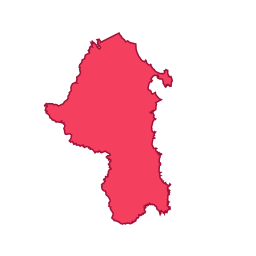 Shoalhaven, New South Wales, Australia (Robinson projection), rotated 324°
{"feature_id": "25037944B24149747688554", "entity_name": "Shoalhaven", "entity_type": "district", "adm_level": 2, "iso_a3": "AUS", "parent_name": "Australia", "parent_adm1": "New South Wales", "projection": "robinson", "projection_center": [150.375, -35.142], "detail": "fine", "context": "isolated", "style": "filled", "palette": "rose", "viewbox_px": 256, "rotation_deg": 324, "n_neighbors": 0, "source": "geoboundaries", "source_scale": "gbopen_adm2", "svg_char_len": 5850}
<svg xmlns="http://www.w3.org/2000/svg" viewBox="0 0 256 256"><g transform="rotate(324 128 128)"><path d="M111.1,218.2L113.4,217.5L114.1,218.5L114.7,218.0L115.3,216.6L115.0,216.0L114.3,216.0L114.6,214.5L114.2,213.7L115.4,212.7L115.9,213.2L116.2,212.9L115.9,211.9L117.7,212.0L116.8,210.7L117.8,210.1L117.8,209.0L118.7,208.6L120.6,205.9L122.4,206.1L122.7,205.5L122.2,204.6L123.9,204.4L124.0,203.8L123.1,203.2L123.6,201.4L124.1,200.9L124.7,201.1L124.4,200.3L125.3,199.1L126.3,198.8L126.4,199.3L126.8,199.2L127.0,198.4L125.7,196.0L126.1,195.6L125.6,194.7L126.1,194.2L124.7,193.9L124.5,192.4L125.2,191.8L124.5,191.6L124.3,191.0L125.2,189.4L124.5,188.3L125.0,186.3L125.9,185.2L126.4,185.5L126.0,184.5L126.9,183.2L128.3,183.2L127.4,182.4L127.8,181.0L131.2,177.0L132.7,176.9L132.8,176.3L133.3,176.2L133.0,175.3L133.5,175.0L133.0,174.0L135.9,170.7L136.7,170.5L137.8,169.1L139.8,168.9L139.6,168.0L137.9,167.7L137.8,167.0L137.2,167.1L137.7,166.4L138.7,166.5L138.7,166.0L137.3,165.2L137.7,164.3L137.1,163.9L137.4,162.3L138.1,161.3L139.1,161.4L138.8,160.7L136.8,159.8L137.7,155.3L142.1,151.1L143.0,151.4L143.8,149.6L145.1,149.5L145.1,148.8L145.6,148.2L147.8,147.5L147.3,147.1L147.4,146.5L146.0,146.6L145.6,145.1L146.4,142.9L147.1,142.3L147.1,141.5L152.0,137.4L154.2,136.6L155.2,137.2L155.7,136.9L155.2,136.5L155.0,134.2L156.4,133.3L157.1,130.5L156.7,130.0L155.5,129.9L155.2,128.5L156.1,129.0L157.4,128.5L158.2,129.2L158.4,128.7L158.5,128.7L158.4,129.3L161.3,129.4L163.9,126.3L164.8,125.9L165.4,123.8L171.6,124.7L170.5,122.6L170.0,117.5L171.0,115.3L167.8,115.0L167.5,114.2L168.2,111.4L167.7,111.1L167.9,110.2L166.9,109.2L167.8,107.3L171.2,104.3L172.7,103.8L174.0,103.7L173.5,104.1L173.9,104.4L175.6,103.8L175.0,102.3L175.7,101.6L179.0,100.8L180.5,101.0L182.5,102.8L182.2,103.3L183.2,102.9L182.9,104.5L181.5,105.2L182.7,107.3L183.9,107.8L184.5,108.9L183.3,112.2L182.8,112.3L182.4,116.8L183.0,116.7L182.8,117.5L183.7,116.5L183.6,115.7L184.4,115.6L184.7,116.5L185.5,116.3L185.3,116.8L185.7,117.2L186.3,117.0L186.4,118.9L187.4,119.5L190.3,116.2L191.5,116.0L192.5,113.5L193.0,111.6L192.0,111.4L191.2,109.9L191.8,109.6L191.8,108.3L192.5,106.7L194.0,104.8L193.0,103.2L192.7,103.7L190.9,103.0L190.6,104.3L189.1,105.1L185.9,102.8L183.8,99.1L183.3,96.8L183.6,96.0L183.0,95.0L183.1,91.6L183.6,90.3L184.3,89.8L182.7,90.0L181.8,89.1L181.3,86.6L182.2,84.2L182.1,83.5L180.4,84.3L178.8,81.5L178.9,76.1L179.7,72.2L180.9,68.9L183.7,64.6L179.6,59.8L179.0,57.3L176.6,56.8L177.0,54.8L176.0,51.2L176.5,50.4L176.2,47.8L176.6,45.9L156.2,42.6L156.6,42.3L156.8,39.2L154.8,38.3L154.8,40.3L153.6,40.9L153.6,41.8L152.6,42.4L153.2,44.1L153.1,46.7L151.3,47.3L150.8,45.4L151.5,44.6L150.0,44.8L150.5,44.6L151.1,42.8L150.7,39.2L149.7,37.7L150.2,37.3L150.2,36.8L150.0,36.7L148.8,38.0L149.2,39.0L148.4,38.9L148.1,37.7L146.9,41.5L145.8,40.0L145.0,40.1L143.9,40.7L143.7,41.5L141.4,42.0L141.3,42.5L141.9,43.0L141.2,43.4L141.3,44.1L140.8,44.6L136.4,43.9L133.7,46.4L130.8,46.0L129.3,47.7L126.0,48.5L124.2,50.3L124.7,51.2L123.2,52.2L122.9,53.8L122.3,54.2L122.5,54.7L121.6,55.8L119.4,56.7L116.5,56.7L115.1,58.9L112.8,60.6L113.0,61.4L111.6,60.1L109.2,59.6L107.2,60.5L105.6,61.7L104.0,64.5L101.2,64.9L100.7,66.2L98.3,66.9L97.1,68.7L95.3,69.4L92.2,69.4L89.9,70.3L84.6,69.3L84.2,67.5L82.8,66.0L81.8,65.8L81.2,64.0L77.6,61.3L76.7,61.2L76.3,60.2L73.8,60.7L73.6,61.3L75.4,62.1L75.3,63.1L73.3,63.4L71.4,65.2L72.4,66.8L71.8,67.2L71.1,66.9L70.7,67.6L71.9,71.1L70.9,74.0L71.7,75.4L71.4,77.0L72.3,77.5L72.4,78.4L73.1,78.8L73.3,81.0L74.1,81.0L76.7,83.8L78.4,83.1L78.6,83.6L77.5,84.6L77.6,85.2L79.2,86.3L78.3,86.8L78.7,88.8L75.6,90.9L75.5,92.5L74.5,93.6L73.7,96.1L74.2,96.9L77.2,98.1L78.3,100.4L75.5,103.2L72.9,103.9L73.0,104.7L73.5,105.1L73.3,105.7L75.1,106.4L74.6,109.1L75.4,108.9L75.4,109.7L76.8,110.1L76.2,111.5L78.6,113.2L78.3,113.9L78.8,114.7L80.0,114.6L80.8,115.5L81.7,115.5L81.6,116.4L81.0,116.7L81.4,118.0L81.8,117.7L82.5,118.5L83.4,118.5L84.9,120.0L84.6,121.2L85.3,121.1L85.6,121.6L84.9,123.0L86.4,123.7L86.9,126.1L86.8,128.7L88.3,128.4L89.5,129.9L91.0,129.3L91.4,130.8L91.9,131.1L91.5,131.5L91.9,132.4L96.2,133.4L96.3,134.6L97.8,137.7L98.0,138.9L97.9,139.4L96.1,139.2L95.4,138.5L93.5,138.7L93.8,139.3L93.4,140.1L94.2,141.3L93.7,142.3L94.9,142.2L95.3,144.0L94.3,144.8L93.7,144.2L93.0,145.3L90.9,145.8L90.8,146.7L91.4,147.5L89.7,149.0L90.6,150.7L90.2,151.3L88.4,150.8L86.2,152.0L85.6,153.1L83.8,153.9L83.7,155.2L83.0,155.6L81.3,154.1L80.2,155.6L78.3,155.2L77.8,155.6L78.6,156.9L78.3,157.8L77.5,157.6L75.7,158.5L74.8,158.0L73.1,158.5L73.1,159.7L72.1,160.1L71.1,162.6L71.7,164.9L72.5,165.4L72.2,167.4L71.0,169.0L71.7,171.9L71.2,176.0L70.3,176.8L68.6,177.2L68.1,178.4L66.5,180.2L67.5,181.9L66.2,183.0L65.9,188.2L65.1,189.3L62.0,191.3L62.6,194.1L62.4,194.8L63.1,194.9L63.6,196.2L64.6,196.9L65.0,198.5L65.7,199.0L65.8,200.7L67.1,202.5L69.0,202.9L69.5,204.1L71.0,204.2L73.2,205.8L73.2,206.4L73.8,206.9L75.7,206.6L75.5,207.3L75.9,207.4L77.0,206.5L77.3,207.4L79.7,207.7L79.7,206.7L80.5,206.9L81.8,206.4L81.9,205.9L82.6,205.9L83.5,206.8L85.2,205.6L85.6,204.5L86.1,204.8L85.9,205.5L86.7,205.5L87.0,206.3L88.3,206.4L89.2,205.7L89.8,206.6L90.6,205.9L91.6,206.7L93.0,205.8L93.0,203.9L94.3,202.7L94.4,202.1L95.0,202.9L95.5,202.8L95.3,202.3L96.2,201.5L96.1,200.9L97.5,202.0L97.7,201.1L98.9,202.2L99.2,201.3L100.9,202.9L101.3,202.0L101.9,203.6L102.7,203.8L102.7,204.4L104.2,205.4L104.1,206.8L104.8,208.2L103.8,210.6L104.4,213.4L103.2,216.9L104.6,216.2L104.7,215.3L105.7,215.0L105.2,214.5L106.2,214.3L106.1,215.5L106.6,215.6L107.0,217.0L106.6,217.3L106.9,217.9L107.6,218.0L107.4,218.6L109.1,217.1L110.4,217.6L108.6,217.8L109.8,219.3L111.1,218.2ZM127.8,199.0L129.1,198.8L129.0,197.8L127.6,198.6L127.8,199.0ZM143.2,151.5L143.5,152.0L143.7,151.8L143.2,151.5ZM116.0,217.2L115.6,216.7L115.4,216.7L116.0,217.2ZM124.1,202.7L124.4,203.0L124.7,203.0L124.5,202.7L124.1,202.7Z" fill="#f43f5e" stroke="#9f1239" stroke-width="1.5"/></g></svg>